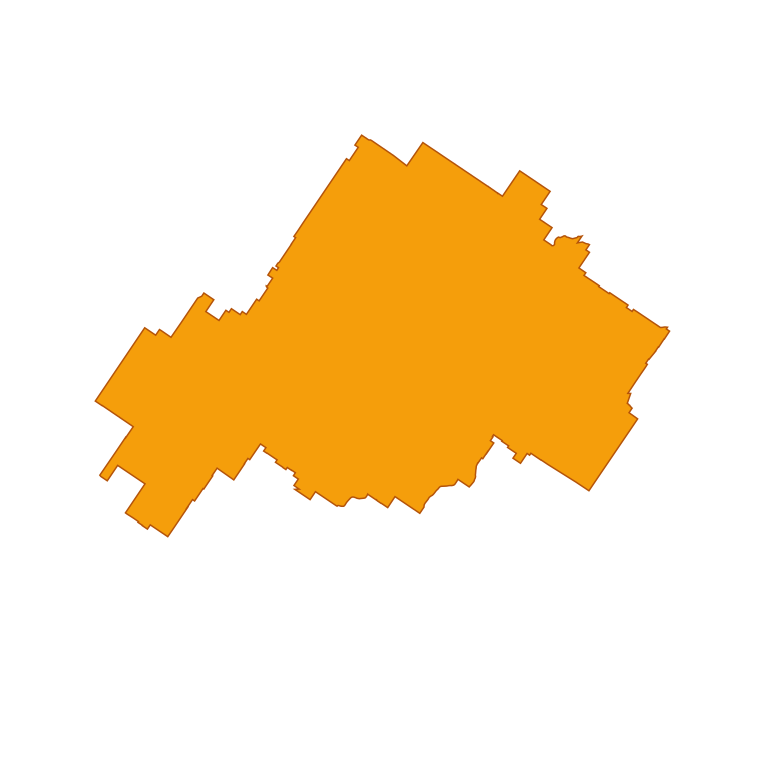 outline of Bridgetown-Greenbushes, Western Australia, Australia, rotated 124°
{"feature_id": "25037944B12129239120455", "entity_name": "Bridgetown-Greenbushes", "entity_type": "district", "adm_level": 2, "iso_a3": "AUS", "parent_name": "Australia", "parent_adm1": "Western Australia", "projection": "mercator", "projection_center": [116.17, -33.991], "detail": "fine", "context": "isolated", "style": "filled", "palette": "amber", "viewbox_px": 768, "rotation_deg": 124, "n_neighbors": 0, "source": "geoboundaries", "source_scale": "gbopen_adm2", "svg_char_len": 5847}
<svg xmlns="http://www.w3.org/2000/svg" viewBox="0 0 768 768"><g transform="rotate(124 384 384)"><path d="M357.9,154.4L342.2,154.4L271.1,154.2L270.8,164.8L265.3,164.8L265.3,165.4L265.3,165.7L265.0,166.4L264.8,166.7L264.7,167.3L264.5,168.0L264.3,168.3L264.4,168.6L264.4,169.0L264.2,169.3L264.0,170.6L264.0,171.2L264.0,171.5L253.9,174.2L255.4,176.6L241.8,176.7L232.2,176.7L224.4,176.6L220.4,176.7L220.5,178.6L215.4,178.6L215.4,178.1L204.8,177.1L204.8,177.3L199.8,177.3L199.8,176.9L190.0,177.0L190.0,176.7L180.5,176.8L180.5,180.7L178.4,180.7L179.4,182.6L179.8,183.2L181.1,184.6L181.4,184.9L181.8,185.4L182.4,186.3L182.6,186.5L182.6,213.9L182.7,218.9L185.1,218.9L185.1,225.8L182.1,225.8L182.1,247.9L183.2,247.9L183.2,260.5L182.1,260.5L182.2,278.9L178.9,278.9L178.8,287.3L159.9,287.3L159.9,291.6L153.6,291.6L153.8,293.1L154.7,295.1L155.3,298.8L158.0,301.7L158.9,302.6L151.4,302.6L150.7,302.6L151.2,303.0L151.8,303.7L152.0,304.0L152.3,304.3L152.4,304.5L152.6,304.7L152.7,304.8L152.9,305.3L153.0,305.4L153.0,305.5L153.4,305.7L153.5,305.7L154.1,305.7L154.3,305.8L154.6,305.9L154.9,306.0L155.1,306.2L155.4,306.5L156.4,307.4L157.2,308.1L158.0,308.8L158.1,309.0L158.3,309.5L158.8,310.8L159.1,312.1L159.4,313.1L159.7,314.1L159.9,314.4L160.0,314.7L160.0,314.9L160.0,315.5L159.9,315.9L159.8,316.2L159.9,316.5L160.2,317.1L160.6,317.6L161.0,317.9L161.7,318.2L162.4,318.6L163.4,319.3L164.0,319.7L164.2,320.0L164.3,320.3L164.5,321.1L164.5,321.3L164.7,321.5L165.0,321.7L165.6,322.0L166.6,322.3L167.6,322.5L168.1,322.5L168.8,322.5L169.8,322.3L170.1,322.2L170.5,322.0L171.2,321.8L171.6,321.5L172.0,321.3L172.6,320.8L172.8,320.7L173.4,320.7L173.9,320.8L174.7,321.1L175.1,321.6L175.5,322.3L175.2,323.4L175.2,332.1L160.4,332.1L160.4,347.1L147.3,347.1L147.3,354.0L131.4,354.0L131.4,390.7L162.1,390.8L162.1,392.0L162.1,396.6L162.3,396.6L162.2,396.8L162.2,397.0L162.2,397.4L162.2,397.7L162.2,397.9L162.2,398.0L162.2,398.4L162.2,398.6L162.1,399.1L162.1,399.4L162.2,399.8L162.2,400.0L162.2,400.3L162.1,400.7L162.1,400.9L162.1,401.1L162.1,401.6L162.1,401.8L162.1,402.0L162.1,402.3L162.1,403.1L162.1,403.5L162.1,404.3L162.1,404.8L162.1,405.1L162.0,405.4L162.0,405.6L162.1,406.3L162.1,406.5L162.1,406.8L162.0,407.2L162.0,407.4L162.0,407.8L161.9,408.0L162.0,408.4L162.1,408.5L162.1,486.8L181.8,487.0L190.4,487.1L189.3,503.5L189.1,529.8L189.2,531.6L189.5,532.0L189.7,532.3L189.8,532.5L190.1,533.0L190.2,533.4L190.2,541.7L202.2,541.7L202.2,537.7L218.2,537.7L218.2,541.1L295.5,541.2L305.4,541.1L310.7,541.2L312.1,541.2L312.1,539.1L320.0,539.1L320.0,538.9L341.6,538.9L343.3,539.6L346.6,539.5L346.6,536.5L349.7,536.4L349.8,541.4L358.6,541.2L358.5,535.5L368.2,535.5L368.5,536.3L368.5,536.5L368.7,536.4L369.2,535.5L369.4,534.0L384.9,534.0L384.9,537.0L392.5,537.0L403.2,537.0L403.2,542.0L406.9,542.0L406.9,552.6L411.3,552.6L411.3,556.3L423.6,556.3L423.6,572.2L409.3,572.2L409.3,584.2L413.2,584.2L416.9,586.5L446.5,586.5L464.4,586.7L464.3,598.4L464.4,600.6L471.2,600.6L471.2,605.4L471.2,606.4L471.2,613.8L559.6,613.8L559.6,605.6L559.4,605.6L559.6,568.0L572.0,568.1L571.7,568.3L571.4,568.4L589.9,568.4L618.5,568.6L619.0,567.1L619.0,559.3L600.4,559.3L600.4,526.3L635.4,526.3L635.5,524.6L635.3,516.6L635.4,510.6L636.3,510.6L636.3,505.2L636.6,505.2L636.6,499.0L634.1,499.0L632.8,499.0L631.5,499.0L631.5,493.1L631.5,485.4L631.5,485.0L631.5,483.8L631.5,477.9L621.6,477.8L596.7,477.8L597.1,478.1L586.9,478.1L586.9,475.6L571.8,475.6L571.8,474.6L556.0,474.6L556.0,475.3L547.1,475.3L547.5,454.9L528.1,454.9L528.1,455.2L521.8,455.2L521.8,453.0L502.8,452.9L502.8,446.3L506.9,446.3L506.9,442.5L506.7,442.4L506.7,430.2L509.6,430.2L509.6,421.3L509.8,421.1L509.8,417.5L507.3,417.5L507.3,412.4L507.1,412.4L507.1,407.9L510.7,407.8L510.7,403.9L510.7,401.9L518.5,401.9L518.6,395.6L521.2,399.0L521.2,380.6L511.6,380.6L511.6,355.5L511.5,354.6L511.0,354.6L510.6,354.3L510.3,353.9L510.0,353.5L509.9,353.1L509.8,352.6L509.6,352.0L509.4,351.4L509.3,351.1L509.1,350.9L508.8,350.4L508.6,350.1L508.4,349.7L508.0,349.2L507.7,349.0L507.2,348.8L506.6,348.7L506.4,348.7L505.4,348.7L503.9,348.8L503.0,348.8L502.1,348.7L501.0,348.6L499.1,348.3L497.2,348.0L496.4,347.7L495.8,347.4L495.3,346.9L494.8,346.1L494.6,345.6L494.4,345.0L494.1,343.8L493.9,343.0L493.9,342.6L492.9,340.3L491.9,339.2L491.5,338.7L490.5,337.5L489.5,336.4L489.1,336.1L488.9,335.9L488.7,335.9L487.8,335.7L486.1,335.7L485.1,335.8L484.4,335.9L484.5,335.6L484.5,325.3L484.2,325.3L484.5,324.4L484.6,324.2L484.6,320.9L484.6,319.7L484.4,319.4L484.4,311.8L471.2,311.9L471.2,282.0L464.1,282.0L463.7,282.0L463.3,282.3L462.5,282.7L461.9,283.0L461.3,283.2L460.7,283.2L460.2,283.3L459.9,283.3L458.3,283.2L456.9,283.1L455.4,283.0L454.6,283.0L453.3,283.1L452.6,283.1L452.0,282.9L451.3,282.7L450.4,282.3L449.2,281.7L448.4,281.5L448.0,281.4L447.1,281.3L445.9,281.2L444.4,281.1L444.2,281.1L443.9,281.1L443.0,281.0L442.5,280.9L441.4,280.6L440.7,280.5L439.2,280.4L438.5,280.3L437.9,280.1L437.5,279.9L437.1,279.6L436.8,279.3L433.8,275.3L433.4,274.8L432.5,273.9L432.2,273.6L431.6,272.9L431.0,272.1L430.7,271.5L429.9,270.6L429.4,270.1L429.0,269.8L428.5,269.5L428.0,269.3L427.5,269.2L427.0,269.2L426.2,269.2L425.1,269.2L424.0,269.2L423.0,269.3L422.3,269.3L421.9,269.4L421.7,269.4L421.7,257.5L421.7,255.8L420.8,255.7L420.4,255.6L419.1,255.4L415.1,255.0L414.7,255.0L414.4,255.0L414.0,255.1L413.2,255.3L412.4,255.6L411.3,255.7L410.9,255.8L410.3,256.0L409.9,256.2L409.4,256.4L409.1,256.7L408.4,257.3L407.9,257.6L407.1,258.0L404.1,259.7L402.2,260.6L400.8,261.4L400.2,261.6L399.6,261.7L398.5,261.9L397.7,262.0L397.2,262.1L397.2,261.9L390.7,261.8L390.7,260.3L383.0,260.3L383.3,260.1L371.5,260.0L371.5,264.1L366.8,264.1L366.8,264.8L364.8,264.8L364.8,254.4L365.6,254.4L365.6,246.1L367.5,246.1L367.5,235.6L373.4,235.6L373.4,226.5L361.6,226.5L361.6,223.5L359.3,223.5L359.3,211.3L359.1,211.3L359.1,203.6L358.0,170.2L357.9,154.4Z" fill="#f59e0b" stroke="#b45309" stroke-width="1.5"/></g></svg>